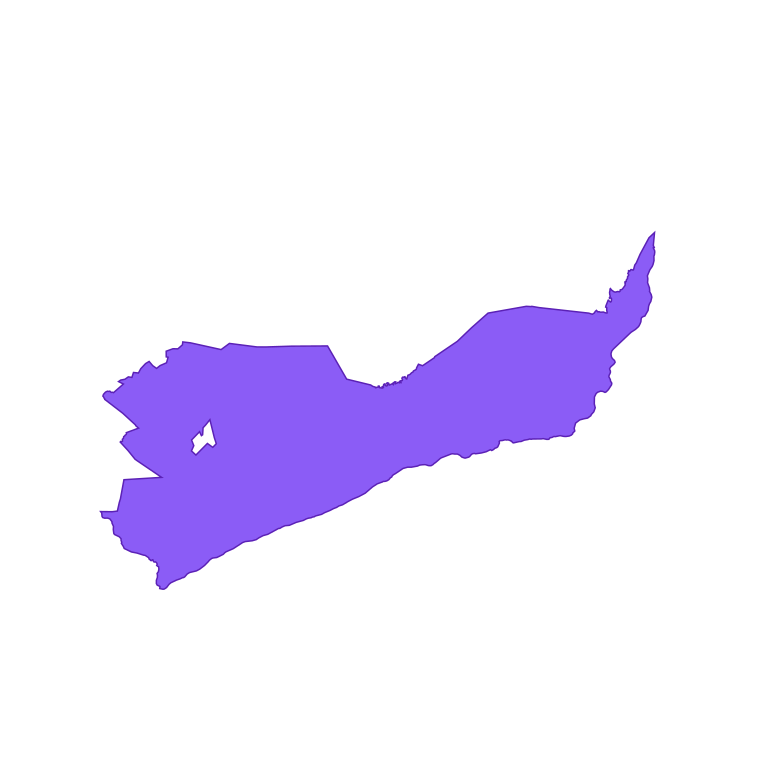 outline of Chipinge, Manicaland, Zimbabwe, rotated 239°
{"feature_id": "62879985B99568881619892", "entity_name": "Chipinge", "entity_type": "district", "adm_level": 2, "iso_a3": "ZWE", "parent_name": "Zimbabwe", "parent_adm1": "Manicaland", "projection": "robinson", "projection_center": [32.384, -20.62], "detail": "fine", "context": "isolated", "style": "filled", "palette": "violet", "viewbox_px": 768, "rotation_deg": 239, "n_neighbors": 0, "source": "geoboundaries", "source_scale": "gbopen_adm2", "svg_char_len": 6110}
<svg xmlns="http://www.w3.org/2000/svg" viewBox="0 0 768 768"><g transform="rotate(239 384 384)"><path d="M300.1,311.7L301.7,321.1L301.9,326.8L300.8,332.4L300.9,333.2L300.1,334.5L299.5,336.5L299.5,338.9L300.3,341.1L300.3,342.7L301.0,343.7L301.4,345.4L301.3,347.5L301.8,356.8L300.5,361.5L298.6,364.6L296.4,370.4L296.1,372.8L295.1,375.1L294.0,377.2L293.2,378.3L291.3,379.9L290.2,381.4L289.7,382.5L289.7,384.6L290.1,386.1L290.1,387.6L291.2,393.9L291.2,395.2L289.4,405.6L289.0,406.7L287.4,408.7L286.1,410.9L283.7,412.4L281.2,413.1L279.1,414.9L278.6,415.6L277.7,418.9L277.7,420.0L278.6,422.7L278.6,424.2L277.8,425.9L277.0,426.6L274.7,432.0L273.3,436.7L272.9,441.3L271.5,442.1L271.4,444.3L271.8,445.8L271.4,447.9L271.6,449.2L273.9,452.5L275.4,453.1L275.6,453.7L275.6,454.4L274.6,456.3L273.8,459.1L272.9,460.1L272.2,461.6L269.8,463.6L269.5,463.5L269.0,463.9L267.5,464.1L266.8,464.7L265.0,470.2L264.1,471.9L263.6,475.3L262.2,478.9L261.8,480.6L260.9,481.6L260.3,483.1L255.9,490.6L255.2,492.3L252.7,495.0L251.7,496.8L252.4,498.7L251.7,500.4L251.5,502.7L250.7,503.6L249.0,508.4L246.5,511.1L245.3,512.9L244.0,516.0L243.7,518.3L244.1,520.0L244.7,520.5L245.4,523.3L248.1,524.2L251.8,528.1L252.4,533.3L251.2,537.5L249.9,541.0L250.3,545.1L251.0,545.8L252.1,549.5L254.8,552.8L258.6,554.0L264.5,557.7L266.6,561.0L266.9,562.9L266.3,566.0L264.9,567.8L263.0,569.1L262.8,570.4L263.6,573.5L266.1,578.6L267.1,579.5L268.1,579.8L269.6,579.6L271.3,580.3L274.4,580.5L275.5,581.4L276.6,583.2L277.5,584.2L278.7,584.8L280.1,584.9L281.0,585.3L282.0,587.4L282.6,591.2L283.5,593.2L284.6,593.6L285.8,593.6L288.1,592.9L290.1,592.9L293.0,594.1L295.0,596.3L295.9,598.9L300.7,620.5L301.1,622.5L301.3,627.7L302.0,631.3L302.5,632.6L304.0,634.9L305.1,636.3L307.4,638.0L308.3,639.1L308.3,641.0L307.9,642.6L311.1,648.3L314.4,650.9L316.0,652.8L317.3,655.2L320.5,658.3L323.1,659.1L326.7,659.3L326.9,659.7L329.8,661.1L335.1,662.1L338.2,664.3L341.1,665.5L345.0,670.8L346.6,674.4L347.9,676.2L350.7,679.0L354.6,681.2L355.4,682.3L357.7,684.1L359.1,684.7L361.5,684.8L362.3,685.2L362.2,685.6L361.1,685.9L364.0,686.2L374.5,693.9L372.9,686.5L363.3,670.3L357.9,662.7L356.8,660.2L353.4,656.7L353.4,656.0L354.4,655.3L354.9,654.5L354.3,653.4L354.3,652.4L354.9,652.4L355.2,652.0L353.9,651.1L353.1,649.9L351.9,650.1L351.1,649.5L350.5,648.0L349.1,647.1L348.2,645.1L347.2,644.5L347.4,643.2L346.5,643.1L346.5,642.5L345.8,642.5L344.3,641.3L342.7,637.5L342.5,636.5L343.0,635.0L341.9,634.0L341.8,633.3L342.9,632.0L343.6,629.6L344.5,628.7L346.9,627.6L349.2,627.2L349.0,626.7L347.7,625.8L346.5,624.6L344.7,623.7L342.6,623.1L342.0,621.8L341.7,621.5L341.1,621.6L341.1,622.4L340.5,623.0L339.8,622.9L338.1,621.7L337.6,621.1L337.6,620.4L339.3,619.7L340.3,619.6L340.4,619.3L336.7,614.5L335.8,613.6L334.7,614.2L332.3,612.8L330.5,612.2L330.0,611.7L330.8,610.6L332.7,609.1L334.0,606.6L335.3,605.5L335.6,604.5L337.7,604.0L337.4,602.5L336.5,600.6L336.5,598.5L339.3,596.0L369.6,556.3L374.5,550.6L374.5,550.1L377.3,546.0L391.2,509.7L387.1,487.8L382.8,468.8L381.3,441.6L380.6,440.7L379.8,426.5L383.2,423.7L381.1,420.3L380.3,419.6L379.9,418.8L380.0,415.9L379.4,415.1L379.4,413.3L378.8,411.1L379.2,409.0L376.6,406.1L377.1,405.6L379.5,405.7L379.6,405.4L379.2,404.8L380.2,403.9L380.2,403.1L379.7,402.3L378.2,402.1L377.6,401.5L378.2,399.8L376.4,399.3L376.6,399.0L377.3,399.0L378.0,398.6L377.2,397.7L378.2,397.0L378.1,395.8L378.4,393.7L378.9,393.8L379.8,395.1L380.3,394.5L380.1,391.9L379.1,391.9L378.8,391.6L379.7,391.3L380.0,390.8L380.3,388.2L381.2,388.0L381.8,388.4L382.3,388.4L383.1,387.8L383.4,387.2L383.0,386.4L381.2,386.6L380.9,386.2L381.0,385.2L381.5,384.7L382.1,384.4L383.4,384.9L383.9,384.3L383.6,383.3L382.5,382.5L382.5,381.0L381.3,381.4L381.4,380.3L383.2,378.3L384.3,378.8L384.9,378.7L385.1,378.1L384.3,377.9L384.3,377.6L384.9,376.2L384.9,375.2L385.2,374.8L385.9,374.9L387.7,373.2L390.0,372.1L407.4,354.5L445.7,355.2L464.3,323.8L476.7,301.6L481.2,294.2L498.4,272.4L497.4,262.1L518.9,239.4L523.7,233.2L521.4,231.4L520.3,225.4L522.9,221.3L524.3,214.2L519.4,211.3L518.1,212.7L514.2,208.5L515.1,201.6L514.5,197.1L518.8,195.2L524.3,194.3L524.3,190.1L522.4,183.4L519.9,179.2L522.9,175.2L519.5,171.3L521.8,168.5L521.5,164.4L523.0,160.3L522.8,157.7L518.2,160.6L515.9,147.7L516.8,147.0L517.3,145.8L519.1,145.3L519.2,144.5L520.3,143.2L520.5,141.1L519.6,138.2L518.4,136.8L517.1,137.0L515.9,136.8L514.9,137.0L514.6,136.7L493.5,145.0L476.9,149.9L476.2,149.7L472.6,150.9L475.0,138.0L474.0,137.7L473.5,137.0L473.4,135.4L473.0,135.0L473.0,133.8L471.6,132.6L471.4,131.3L469.7,130.4L469.6,129.5L470.4,128.7L470.1,128.0L458.9,130.3L447.5,131.9L418.5,145.3L435.9,111.8L421.3,98.9L418.9,96.2L412.4,90.0L414.5,85.3L420.6,75.4L418.9,75.6L415.7,74.1L414.4,74.1L412.9,75.4L411.4,78.0L409.7,79.5L406.1,79.9L404.9,79.2L401.3,78.8L398.7,77.0L395.0,75.4L393.8,75.5L389.4,78.4L387.4,78.8L386.8,78.9L385.2,78.0L383.4,77.7L382.7,76.8L378.9,76.9L376.8,76.6L370.1,81.0L366.3,85.2L361.3,89.6L360.1,91.0L356.4,92.8L354.7,92.5L353.8,93.1L353.0,93.0L352.4,93.7L352.6,94.8L352.4,95.3L350.7,95.0L350.1,95.1L349.5,95.7L349.2,96.6L347.8,97.0L346.3,96.8L345.6,95.7L344.5,96.0L343.6,96.7L341.3,95.7L339.3,93.9L338.5,91.9L336.9,91.4L335.0,90.2L333.0,87.8L330.2,86.1L328.4,86.0L326.0,87.6L325.4,87.4L324.2,86.4L322.2,88.5L321.5,89.7L321.4,90.3L321.5,92.8L323.0,96.5L323.4,98.9L322.8,105.1L322.0,108.8L321.7,111.9L321.3,112.5L321.3,113.8L322.5,117.5L322.5,120.3L320.4,127.0L320.2,130.7L320.9,136.8L322.2,141.8L322.9,143.7L323.2,146.6L322.9,147.9L321.4,151.3L321.1,154.3L320.8,158.5L321.4,160.7L321.5,162.3L320.5,170.0L320.9,181.2L320.4,183.9L317.5,190.3L316.4,194.4L316.6,197.3L316.3,202.3L315.0,207.0L314.5,219.1L313.9,220.3L313.9,223.2L313.5,226.2L311.6,230.1L310.6,237.5L308.6,244.6L308.4,248.0L307.9,250.2L306.9,252.6L306.8,254.1L306.1,255.9L306.2,257.2L304.4,263.4L304.3,266.9L303.4,272.8L303.2,276.6L302.6,279.9L302.7,282.5L301.8,286.3L301.8,292.6L301.5,297.8L300.5,304.2L300.1,311.7ZM425.3,210.9L419.2,209.5L417.9,204.6L424.0,202.0L420.0,186.2L425.8,184.5L429.1,189.2L435.1,190.2L438.1,201.3L433.8,200.9L433.9,202.4L439.7,206.4L440.7,209.9L443.1,216.4L425.3,210.9Z" fill="#8b5cf6" stroke="#5b21b6" stroke-width="1.5"/></g></svg>